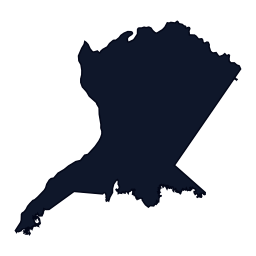 outline of Barrancabermeja, Santander, Colombia
{"feature_id": "7082276B38592891469597", "entity_name": "Barrancabermeja", "entity_type": "district", "adm_level": 2, "iso_a3": "COL", "parent_name": "Colombia", "parent_adm1": "Santander", "projection": "robinson", "projection_center": [-73.914, 7.026], "detail": "fine", "context": "isolated", "style": "filled", "palette": "ink", "viewbox_px": 256, "rotation_deg": 0, "n_neighbors": 0, "source": "geoboundaries", "source_scale": "gbopen_adm2", "svg_char_len": 5802}
<svg xmlns="http://www.w3.org/2000/svg" viewBox="0 0 256 256"><path d="M229.4,55.3L228.7,54.8L227.4,55.5L226.4,55.5L224.8,53.7L222.8,55.4L219.7,56.5L218.5,56.0L216.1,52.6L213.3,53.0L212.0,52.6L210.5,51.2L209.1,46.9L209.2,44.7L208.2,42.4L206.9,42.1L205.0,43.1L204.0,43.1L203.0,42.1L202.6,39.9L201.8,38.8L198.5,39.1L196.1,36.2L194.5,35.1L189.4,34.9L188.9,31.0L189.8,28.7L189.4,27.6L188.4,27.4L186.0,28.3L185.4,27.7L185.7,26.9L185.4,26.3L183.9,25.9L182.2,24.4L178.9,23.7L178.1,22.0L177.2,21.3L175.0,23.0L170.8,22.4L169.2,23.1L167.3,22.8L164.9,27.2L162.5,29.7L156.8,33.2L155.0,32.7L152.5,30.4L151.0,28.1L148.8,27.1L146.2,27.7L144.1,27.2L141.7,28.0L139.0,28.0L138.1,28.5L137.6,29.5L137.5,34.1L134.4,38.8L133.5,39.9L128.8,42.2L127.7,41.6L127.2,38.7L128.4,36.6L131.8,34.4L132.5,33.2L132.1,32.3L131.0,31.7L127.7,31.6L124.0,33.2L120.9,35.4L119.2,37.7L116.6,39.8L114.9,40.6L114.2,40.2L113.2,40.5L109.6,43.5L107.3,46.9L102.8,49.4L101.0,51.0L100.1,52.6L99.3,52.9L97.4,51.0L93.7,52.1L92.3,51.6L90.0,48.8L88.0,44.5L86.2,42.5L84.8,41.5L84.2,44.3L81.8,48.2L78.5,55.9L78.9,60.8L81.0,64.5L81.9,70.3L81.8,74.8L80.8,78.9L80.8,82.4L82.4,86.9L86.7,91.7L89.3,96.2L97.2,103.2L96.7,103.7L99.1,107.7L99.3,114.4L101.0,124.5L100.9,128.0L101.9,131.0L101.9,134.1L100.7,137.7L98.9,141.2L95.1,146.6L88.0,154.4L84.6,155.2L80.5,160.5L75.8,161.6L68.7,165.9L64.1,169.6L58.1,173.1L53.8,178.1L51.1,178.6L49.3,180.1L46.8,184.2L45.7,188.0L44.3,190.3L37.7,197.2L34.7,199.8L32.9,200.5L29.9,203.6L27.7,206.3L26.1,209.5L24.2,211.8L22.2,213.1L21.5,214.3L21.3,220.2L20.6,222.5L15.4,230.6L16.4,232.0L16.5,231.4L18.5,231.7L21.1,230.7L21.8,229.4L23.3,228.7L24.8,228.9L27.4,227.5L27.7,227.8L27.4,228.4L26.5,228.7L27.1,228.8L27.0,229.2L26.2,229.2L25.7,229.9L26.1,229.9L25.9,230.9L25.0,231.4L24.8,231.2L24.5,231.1L24.8,231.5L24.1,231.8L24.5,232.0L24.1,233.0L24.7,232.9L24.8,232.1L25.8,231.6L26.6,232.7L26.3,233.0L27.2,233.6L26.6,234.0L26.9,234.0L26.6,234.7L27.1,234.0L29.3,233.6L29.5,233.1L29.6,234.2L30.1,233.6L29.6,232.4L29.3,232.2L29.1,232.8L28.0,233.1L27.2,232.5L26.9,231.6L27.2,230.2L27.5,230.8L27.7,230.5L27.9,231.2L28.2,231.6L27.9,230.4L27.5,230.1L28.4,230.3L28.0,229.6L28.5,228.9L28.6,229.4L28.5,228.6L29.0,229.3L29.0,227.9L29.5,228.0L29.5,229.0L29.7,228.4L30.0,228.8L30.5,228.8L29.8,227.8L30.9,228.3L30.8,227.9L31.8,227.2L31.7,228.4L32.0,228.1L32.2,228.8L32.5,228.1L32.2,228.1L32.1,227.1L32.7,227.3L32.2,226.8L33.1,226.0L33.4,226.2L33.8,225.2L33.6,226.3L35.2,225.9L34.8,225.2L35.1,224.6L35.7,224.8L35.6,225.3L36.4,224.9L36.2,225.6L37.1,225.1L37.5,225.7L37.1,225.8L38.2,226.2L37.4,224.8L38.2,224.9L38.1,224.6L39.2,223.7L39.6,224.1L39.8,223.3L40.8,223.4L40.0,223.0L39.9,221.9L38.1,223.9L37.0,224.0L36.6,223.2L36.6,224.0L35.6,223.7L34.7,222.5L35.0,221.7L34.7,222.2L34.3,222.0L34.0,219.4L32.8,218.2L32.9,217.8L33.2,218.5L33.3,218.1L34.0,218.7L33.1,217.1L33.3,216.8L33.7,217.1L33.4,216.4L34.2,216.8L34.8,216.3L34.9,216.7L34.5,217.0L35.0,217.0L34.9,217.3L35.3,216.8L34.9,218.2L35.6,219.2L35.6,217.2L36.3,218.7L36.5,218.5L36.0,216.7L37.5,217.5L38.4,218.5L39.5,221.2L39.5,219.2L38.3,217.3L37.9,217.4L37.7,216.4L37.1,216.7L35.5,215.4L35.5,214.7L36.1,214.5L36.1,214.2L37.5,214.4L37.7,213.5L38.6,215.1L39.6,215.9L42.0,215.8L42.9,213.7L42.2,213.8L42.8,213.3L42.1,212.9L42.9,213.1L42.9,212.1L43.4,212.0L43.5,210.7L42.7,210.3L44.0,210.3L43.9,208.7L45.9,209.5L49.1,209.4L74.0,191.4L102.6,193.9L103.7,192.7L104.7,192.7L105.6,193.5L106.3,196.0L106.0,197.3L106.6,198.1L106.0,199.9L106.4,201.1L107.9,200.3L108.7,201.0L109.9,197.2L112.5,192.5L112.5,188.6L113.7,184.0L116.3,180.2L117.5,179.6L118.4,181.4L118.1,184.2L118.8,184.9L118.9,185.9L119.5,186.9L119.0,188.7L118.2,189.5L117.3,189.8L116.4,189.2L116.0,189.7L117.1,191.1L118.1,190.8L118.3,193.5L119.2,192.9L121.7,193.3L121.7,192.4L122.4,192.3L123.0,191.6L123.9,192.9L125.1,193.1L125.2,191.6L125.5,191.4L127.3,192.0L128.2,193.3L128.6,191.7L130.3,191.1L131.6,189.4L132.1,189.3L132.3,190.5L132.8,191.0L133.3,190.8L133.8,189.3L134.6,189.3L135.1,190.1L132.9,191.9L132.5,194.2L132.9,194.4L134.2,193.5L134.2,195.5L135.7,195.9L136.0,197.9L136.8,199.0L137.1,197.8L137.7,198.0L138.1,199.1L140.6,198.0L142.3,198.5L142.2,199.9L144.1,202.9L145.5,204.8L148.4,207.1L150.2,205.6L153.7,205.9L155.0,203.9L156.1,204.4L157.2,203.2L156.3,202.1L156.6,200.8L157.5,201.8L158.4,200.9L158.4,202.0L158.7,201.9L158.9,198.4L159.5,196.7L161.7,195.7L158.8,195.6L159.2,194.8L158.9,194.2L159.7,192.7L159.2,192.4L158.1,193.1L157.6,191.6L158.6,191.1L159.6,191.5L158.2,189.1L158.7,188.8L159.7,189.6L159.9,188.8L158.9,187.8L160.8,187.9L160.5,186.9L159.4,186.9L160.0,186.0L159.6,185.5L160.4,184.9L161.4,185.3L161.5,184.6L162.4,185.2L163.4,184.8L162.8,186.3L163.1,187.2L164.6,185.6L165.5,185.3L166.5,185.5L165.7,186.4L167.0,188.9L168.1,185.7L168.6,186.1L168.3,187.4L169.2,188.3L169.7,188.3L170.4,187.2L170.7,187.9L171.5,188.3L171.6,187.1L172.9,187.0L173.2,187.7L173.0,190.6L173.7,191.3L174.0,189.5L175.3,189.8L175.4,187.9L176.1,189.7L175.8,191.5L176.4,191.8L176.4,190.6L177.0,190.9L176.6,192.5L177.6,191.3L178.0,191.7L178.7,191.5L178.4,192.4L179.3,192.5L180.3,193.7L180.7,193.3L180.6,192.0L181.3,191.8L182.0,189.8L183.0,190.0L182.5,189.1L182.8,188.6L185.7,190.0L186.3,188.2L187.5,190.5L188.5,190.1L190.2,190.5L190.8,190.0L190.8,189.5L189.9,188.8L189.8,187.6L190.7,187.2L191.9,188.9L192.7,187.4L193.6,188.4L195.0,188.9L195.9,190.2L195.8,191.2L194.1,191.5L194.2,192.8L195.2,194.4L196.7,193.4L197.6,194.2L198.1,195.8L197.0,196.9L197.3,197.3L198.2,196.9L199.8,194.5L199.9,197.0L201.3,197.2L201.7,196.5L201.2,194.1L201.8,193.2L203.1,193.1L203.4,194.0L204.4,194.6L205.1,194.4L205.2,192.5L174.4,165.3L233.6,79.2L235.2,78.8L235.8,79.5L236.5,79.3L236.7,79.8L237.0,79.4L235.5,78.7L236.1,78.3L235.1,78.5L234.5,77.8L240.6,69.0L239.2,65.9L236.6,64.9L234.4,62.9L230.9,62.9L229.2,61.1L229.0,58.5L229.4,55.3Z" fill="#0f172a" stroke="#020617" stroke-width="1.5"/></svg>